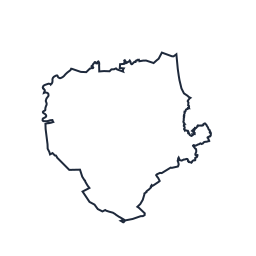 outline of Ometepec, Guerrero, Mexico, rotated 58°
{"feature_id": "50627088B84554678203253", "entity_name": "Ometepec", "entity_type": "district", "adm_level": 2, "iso_a3": "MEX", "parent_name": "Mexico", "parent_adm1": "Guerrero", "projection": "natural_earth1", "projection_center": [-98.323, 16.673], "detail": "fine", "context": "isolated", "style": "outline", "palette": "slate", "viewbox_px": 256, "rotation_deg": 58, "n_neighbors": 0, "source": "geoboundaries", "source_scale": "gbopen_adm2", "svg_char_len": 5531}
<svg xmlns="http://www.w3.org/2000/svg" viewBox="0 0 256 256"><g transform="rotate(58 128 128)"><path d="M53.7,180.8L53.9,179.4L55.1,178.1L55.9,177.6L56.9,177.5L58.2,178.1L58.7,178.6L59.0,179.4L59.7,181.3L60.1,181.9L61.0,182.9L61.5,183.4L63.8,183.9L64.4,184.2L65.2,184.8L66.0,186.0L67.3,187.5L68.9,188.6L69.1,188.9L69.0,190.9L69.1,191.3L69.3,191.7L69.8,191.9L70.5,191.8L72.3,190.9L73.5,190.7L74.1,190.8L74.7,191.2L75.0,191.7L75.1,192.3L74.9,195.1L75.2,195.6L76.3,196.4L76.7,196.4L77.4,196.0L78.1,195.0L79.2,193.3L79.6,192.3L80.2,189.9L81.2,187.9L82.5,188.2L83.3,188.2L82.8,190.2L82.1,192.2L81.9,192.1L81.6,192.7L80.7,195.8L85.2,198.4L99.2,204.9L103.0,207.1L106.6,207.4L109.1,208.1L109.3,205.3L112.5,204.6L113.2,203.7L115.0,203.7L115.7,203.8L132.4,200.0L137.9,190.8L145.0,192.6L149.4,192.6L149.5,192.4L149.8,192.3L151.3,192.7L155.5,192.8L158.4,192.5L158.3,194.4L157.8,200.2L170.3,199.8L175.2,197.0L180.7,196.6L185.2,193.9L185.5,190.8L186.6,190.3L189.0,188.3L191.8,185.7L194.2,184.5L195.2,184.2L198.7,182.6L199.1,182.3L203.5,180.0L202.9,183.3L203.8,182.8L205.2,182.2L205.6,181.7L204.9,179.3L207.6,172.3L209.5,164.0L210.6,162.1L210.7,160.1L209.2,159.0L201.6,161.0L199.8,161.8L199.0,157.9L196.7,153.5L193.0,149.3L192.2,148.8L192.2,147.0L191.9,146.5L192.0,146.3L191.6,146.1L191.3,144.4L191.3,143.3L190.6,140.0L190.1,139.9L189.6,139.6L189.0,138.2L190.0,138.1L190.1,136.9L189.9,130.3L189.7,129.2L186.5,128.9L185.7,128.9L185.1,129.1L182.9,129.1L182.6,128.1L183.0,124.7L184.1,123.3L184.2,112.8L185.0,112.0L187.1,106.1L186.6,105.2L186.3,105.1L185.6,104.2L184.3,103.8L183.8,103.6L182.2,103.3L181.3,102.3L180.3,101.5L179.9,100.7L181.3,100.9L182.6,101.3L182.8,101.2L183.1,100.7L184.1,99.7L184.3,97.4L184.8,96.5L185.2,94.8L185.8,94.1L186.3,94.0L187.2,94.3L187.8,94.7L188.4,94.6L188.6,94.3L188.9,94.5L189.1,94.5L190.4,92.9L191.0,92.7L190.9,92.0L190.5,91.6L190.3,91.3L190.3,90.9L190.1,90.4L190.2,89.4L190.7,88.8L190.9,88.3L190.9,88.1L190.8,87.9L189.0,86.9L188.9,86.4L189.2,85.4L189.2,85.2L188.8,84.4L187.8,83.4L187.6,83.5L187.4,84.6L186.8,85.0L186.5,85.1L186.1,84.9L185.5,84.4L185.1,83.7L184.4,82.8L183.3,82.1L182.0,81.5L181.8,81.5L180.8,82.0L179.6,82.0L179.1,82.1L178.8,82.1L177.8,82.3L177.4,82.2L177.3,81.4L177.9,80.8L178.5,80.4L178.8,80.1L179.0,78.6L179.0,77.7L179.4,76.4L179.3,75.5L179.5,74.6L180.5,74.2L180.8,72.8L180.3,71.4L180.3,71.1L180.4,70.8L180.5,70.1L181.4,68.4L181.7,66.9L182.1,66.3L182.1,66.0L179.1,65.5L178.4,65.7L178.2,65.6L178.1,65.4L178.1,65.0L178.4,63.8L178.2,63.3L178.6,62.9L178.6,62.6L178.0,61.6L176.9,60.9L176.3,60.4L175.4,61.1L175.1,61.1L174.9,60.9L174.5,60.1L174.2,60.1L173.7,60.2L173.0,59.9L172.3,60.3L171.7,60.3L169.8,59.9L167.7,60.0L166.8,59.8L165.7,60.2L165.2,60.1L164.9,60.3L164.7,60.8L164.7,61.5L164.8,62.3L165.4,62.6L165.5,63.3L165.2,63.9L165.0,64.3L164.9,64.3L164.8,64.7L164.5,64.8L164.0,65.9L162.8,67.4L163.0,68.0L163.6,68.2L163.8,69.7L164.0,69.9L164.1,70.4L163.9,70.6L163.7,71.1L163.4,71.3L164.6,72.7L164.8,72.6L164.9,73.0L164.9,73.4L164.4,73.2L163.9,73.3L164.3,74.4L164.2,74.8L164.3,75.1L164.7,74.8L165.1,75.0L165.4,74.8L165.4,74.3L165.7,74.1L166.1,74.5L166.1,74.8L166.3,74.8L166.4,74.5L166.5,74.1L167.6,74.4L167.7,74.2L168.5,74.7L167.8,75.8L168.1,76.1L168.2,76.6L167.9,76.8L168.3,76.9L168.4,78.3L167.9,78.7L166.6,79.3L165.2,79.1L165.2,79.3L164.4,79.8L164.0,79.6L164.1,79.2L163.6,79.0L163.2,79.0L163.1,78.8L162.7,78.8L162.2,78.7L161.9,79.2L161.7,79.2L160.3,80.5L160.4,81.1L159.3,81.0L158.9,81.1L158.7,81.0L158.8,81.1L158.5,80.9L158.6,80.5L157.7,79.7L157.2,79.5L155.8,79.6L155.4,79.0L155.1,79.0L154.9,78.8L155.0,78.4L154.8,78.5L154.2,77.7L153.4,77.8L152.9,78.0L152.4,77.7L152.0,77.7L151.0,76.6L150.9,76.6L150.6,76.3L150.0,76.1L149.1,75.4L149.0,75.0L148.5,74.9L147.7,74.0L147.4,74.3L146.8,73.8L146.3,73.3L146.0,72.7L145.3,71.9L144.7,71.9L144.1,71.4L144.4,71.0L144.2,70.3L143.3,69.4L143.1,68.8L143.1,68.3L143.5,67.4L142.8,66.7L143.6,65.7L142.7,65.5L142.4,65.0L141.9,64.9L141.5,64.6L141.1,64.7L141.1,64.9L140.6,65.0L139.5,64.0L138.9,63.7L138.4,63.2L137.0,63.2L136.7,63.0L135.6,60.4L135.5,59.1L133.7,60.1L132.3,60.4L128.3,62.2L122.8,61.7L114.7,59.0L110.6,57.3L104.3,54.5L91.1,47.9L91.4,51.3L90.5,52.7L82.0,59.3L85.5,65.3L85.8,67.9L86.5,71.9L85.8,72.4L80.4,76.9L78.9,79.4L77.4,83.0L75.9,82.6L75.7,83.2L75.4,83.4L75.6,84.3L75.2,84.7L75.1,85.2L75.3,85.9L75.9,86.3L76.0,86.6L75.6,87.4L75.3,87.6L76.0,90.7L75.8,91.2L75.6,91.3L74.4,91.3L73.1,90.8L71.7,90.8L72.2,92.2L72.0,93.0L71.9,93.8L72.1,94.3L72.1,94.6L68.8,94.8L68.8,95.3L69.3,95.3L69.6,95.4L69.8,95.8L70.7,96.6L71.6,96.6L71.6,96.9L71.5,97.1L71.5,97.5L69.7,100.9L72.8,103.2L75.2,100.0L75.7,101.0L76.2,101.4L76.5,102.0L76.8,102.2L77.5,102.3L72.6,106.2L71.1,106.6L70.8,108.7L69.5,111.0L70.1,113.6L67.0,118.2L64.8,122.4L59.4,119.2L58.5,118.5L57.3,117.9L56.1,117.8L55.9,117.8L55.8,118.5L56.7,119.6L56.9,119.9L56.8,120.1L56.2,120.8L55.1,120.7L54.6,121.0L54.5,121.4L55.0,122.4L55.3,123.6L56.0,124.6L56.2,126.1L56.4,126.3L56.7,126.3L57.5,125.5L57.7,125.4L58.3,125.4L58.6,125.9L58.6,126.2L57.8,127.0L57.7,128.3L57.4,128.8L58.5,133.8L55.4,138.3L48.0,144.3L47.6,144.8L48.3,145.8L48.5,146.6L48.8,150.1L49.3,152.6L50.0,154.8L50.2,156.6L50.0,158.4L49.8,159.1L49.5,159.5L48.5,160.1L48.0,160.3L47.5,160.3L46.3,160.1L45.9,160.2L45.7,160.5L45.4,161.5L45.3,163.1L45.3,163.8L45.7,165.1L46.4,166.0L47.0,166.5L48.0,167.0L49.2,168.0L49.9,169.1L49.8,169.4L50.2,170.5L49.7,170.5L49.2,170.9L48.3,171.9L47.5,175.4L47.4,176.1L47.4,177.3L48.3,178.7L48.9,178.9L49.7,178.7L49.8,179.0L51.8,178.5L52.3,178.8L52.9,179.4L53.3,180.4L53.7,180.8Z" fill="none" stroke="#1e293b" stroke-width="2"/></g></svg>